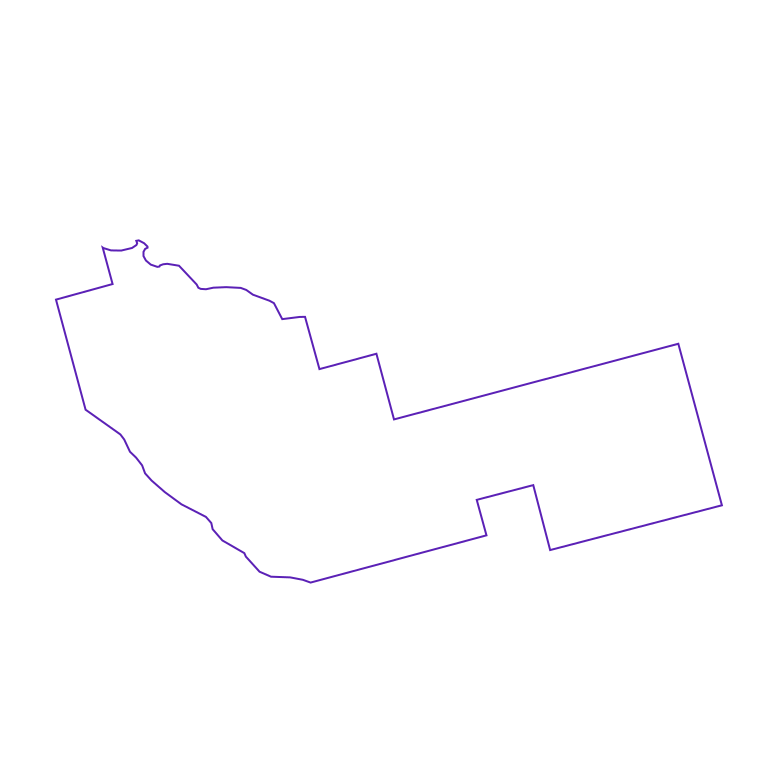 Houghton, Michigan, United States of America (Natural Earth projection), rotated 255°
{"feature_id": "52423323B54374789606174", "entity_name": "Houghton", "entity_type": "district", "adm_level": 2, "iso_a3": "USA", "parent_name": "United States of America", "parent_adm1": "Michigan", "projection": "natural_earth1", "projection_center": [-88.506, 46.853], "detail": "fine", "context": "isolated", "style": "outline", "palette": "violet", "viewbox_px": 768, "rotation_deg": 255, "n_neighbors": 0, "source": "geoboundaries", "source_scale": "gbopen_adm2", "svg_char_len": 1004}
<svg xmlns="http://www.w3.org/2000/svg" viewBox="0 0 768 768"><g transform="rotate(255 384 384)"><path d="M346.7,678.7L347.2,384.5L415.2,384.5L415.1,325.5L469.3,325.1L470.6,319.9L473.0,302.5L490.6,298.6L494.1,294.9L504.2,280.5L510.5,275.3L513.9,270.5L518.4,256.6L521.2,244.1L521.6,236.6L523.3,231.6L525.0,229.6L528.6,228.8L551.3,216.6L556.2,205.7L556.8,201.7L556.5,198.3L555.6,197.5L555.8,195.4L559.7,189.6L564.9,186.0L569.8,184.8L573.9,185.9L576.3,188.2L576.9,190.9L578.0,191.1L582.1,188.7L586.2,184.3L586.4,181.8L583.8,182.0L582.3,180.8L580.6,175.8L580.9,164.7L583.7,154.9L587.9,148.2L588.6,147.6L550.8,147.7L550.4,89.0L436.4,89.1L403.5,116.3L397.6,118.7L384.3,121.1L377.0,125.5L368.0,129.3L359.5,130.1L350.9,134.5L336.3,144.3L320.2,157.2L301.7,177.6L294.4,181.2L288.1,180.9L274.7,187.4L256.8,205.3L253.0,205.9L234.9,215.2L227.1,225.0L221.5,243.3L215.9,254.9L211.2,261.7L211.3,443.8L248.1,443.6L247.7,502.0L180.6,501.5L179.4,679.0L346.7,678.7Z" fill="none" stroke="#5b21b6" stroke-width="2"/></g></svg>